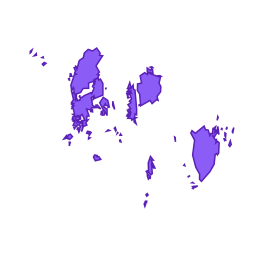 outline of Raja Ampat, Papua Barat, Indonesia, rotated 276°
{"feature_id": "22746128B90221566890304", "entity_name": "Raja Ampat", "entity_type": "district", "adm_level": 2, "iso_a3": "IDN", "parent_name": "Indonesia", "parent_adm1": "Papua Barat", "projection": "albers", "projection_center": [130.461, -0.827], "detail": "fine", "context": "isolated", "style": "filled", "palette": "violet", "viewbox_px": 256, "rotation_deg": 276, "n_neighbors": 0, "source": "geoboundaries", "source_scale": "gbopen_adm2", "svg_char_len": 5942}
<svg xmlns="http://www.w3.org/2000/svg" viewBox="0 0 256 256"><g transform="rotate(276 128 128)"><path d="M149.8,75.2L152.5,73.7L148.8,73.0L156.0,71.9L154.5,73.3L156.5,73.2L158.4,77.2L162.6,79.1L163.4,84.7L168.5,84.1L171.2,89.3L172.6,89.2L174.4,92.5L177.8,93.8L178.0,91.9L180.6,93.7L186.4,89.7L197.2,95.2L197.3,92.1L199.6,92.4L204.2,88.5L200.9,84.7L202.0,80.2L197.9,76.7L193.2,76.2L190.1,72.5L181.2,71.0L182.7,70.3L182.3,68.1L179.1,69.8L177.0,69.1L176.2,71.0L175.2,69.0L164.6,66.7L159.1,68.1L162.5,69.4L161.1,70.2L156.7,70.6L158.1,68.2L150.7,70.8L147.4,69.2L147.0,70.5L145.6,68.7L146.4,71.4L144.0,70.2L144.3,71.7L141.0,69.5L142.3,71.1L136.3,73.4L135.8,71.6L133.9,74.7L133.2,71.8L130.6,71.7L131.6,74.8L130.0,76.2L129.3,72.0L128.5,74.5L125.0,73.1L124.0,76.7L125.8,77.4L125.8,79.4L129.6,80.5L128.0,76.8L130.2,78.1L130.7,76.6L131.7,79.0L134.5,78.3L133.5,75.7L135.1,76.3L134.9,78.5L131.3,79.9L135.1,79.5L136.8,80.9L131.1,84.3L130.6,81.4L128.5,82.7L119.5,82.3L124.8,83.4L126.6,86.8L128.8,85.5L131.9,87.4L131.3,86.0L135.5,85.9L135.8,88.0L142.6,84.9L142.0,88.7L144.2,89.6L145.2,96.0L144.1,98.9L147.7,95.1L147.4,93.7L145.4,94.1L146.5,90.5L154.5,88.3L156.5,90.9L154.0,91.9L158.1,99.6L169.5,98.4L173.8,95.5L172.6,93.9L174.5,93.2L172.5,89.7L170.5,90.5L168.3,90.2L167.2,89.8L167.1,88.8L165.5,88.3L164.3,90.1L158.3,88.4L159.3,87.4L155.7,81.3L152.8,77.7L149.8,76.9L151.0,76.9L149.8,75.2ZM129.5,191.0L122.9,195.5L107.8,195.1L96.1,199.5L89.7,204.0L84.4,204.5L82.6,206.6L93.1,214.0L100.8,217.4L110.8,217.5L111.9,219.0L110.6,219.7L112.6,220.8L122.8,220.2L124.2,218.4L122.4,216.9L125.8,217.1L125.4,216.1L129.5,212.6L128.0,214.8L133.3,217.3L131.1,219.1L139.0,217.2L134.9,216.9L132.5,214.7L135.5,215.3L137.2,212.8L135.2,214.8L136.2,212.6L131.1,212.5L131.2,211.0L129.0,210.2L134.3,208.0L134.5,205.2L137.9,203.5L129.8,195.5L132.1,191.9L129.5,191.0ZM175.8,154.2L182.2,155.0L182.2,152.7L185.1,141.9L183.3,141.7L184.8,138.8L181.2,134.6L174.1,136.8L172.9,132.9L166.3,133.4L163.0,136.0L151.4,138.3L157.7,147.0L154.8,149.4L159.1,153.4L158.6,155.0L162.4,153.6L167.4,156.6L172.7,156.3L175.8,154.2ZM166.0,125.2L163.7,122.8L165.2,127.8L164.4,126.4L163.0,127.6L163.4,125.7L157.4,128.5L154.2,126.1L155.3,127.6L153.5,128.3L151.2,125.5L147.5,128.6L146.3,125.7L146.2,127.8L143.6,129.2L140.2,128.6L141.5,126.0L139.7,125.5L139.5,127.6L137.6,126.7L137.9,130.2L136.2,131.0L138.4,132.9L134.6,133.4L133.0,135.6L137.8,133.7L139.1,135.1L138.9,133.5L142.7,133.5L142.0,135.1L147.3,134.7L166.4,131.0L167.2,129.4L171.2,128.6L168.0,127.0L173.3,125.0L167.7,123.6L168.1,126.6L167.0,123.6L166.0,125.2ZM150.1,97.2L142.8,102.0L141.7,99.8L139.1,99.7L140.2,101.0L138.0,101.0L138.5,103.0L141.9,103.4L138.2,105.9L144.4,105.2L146.7,101.4L149.7,103.0L148.1,103.6L148.2,106.1L146.3,105.9L146.9,107.2L153.3,105.0L155.9,100.2L150.1,97.2ZM95.3,151.8L86.1,153.1L83.8,155.7L85.2,156.9L96.1,155.0L90.9,157.6L91.0,159.0L98.6,154.3L98.7,156.5L102.1,153.3L95.3,151.8ZM95.5,96.7L92.0,98.9L93.9,104.2L96.5,102.0L96.3,99.7L97.4,100.1L97.7,97.6L95.5,96.7ZM185.0,147.1L188.6,146.3L189.1,144.4L188.6,145.1L187.7,144.4L189.6,140.8L185.8,141.3L185.0,147.1ZM114.0,67.6L110.3,65.3L111.6,68.5L110.5,71.2L113.6,73.7L115.8,71.4L114.8,69.2L111.9,68.9L114.0,67.6ZM84.9,151.9L82.1,152.3L79.3,153.6L81.9,155.3L84.9,151.9ZM184.4,37.8L182.6,36.1L181.3,37.4L183.8,39.7L184.4,37.8ZM153.1,110.1L148.9,110.4L145.1,112.8L153.1,110.1ZM120.5,88.0L118.5,87.4L118.1,89.2L120.4,90.3L120.5,88.0ZM121.4,230.0L120.2,231.2L122.4,232.4L125.9,231.1L121.4,230.0ZM77.7,203.4L76.6,198.6L75.6,200.4L77.7,203.4ZM145.0,125.9L142.0,127.7L144.1,128.2L145.0,125.9ZM173.6,66.8L176.0,65.5L176.0,64.9L173.3,64.9L173.6,66.8ZM119.2,176.7L123.6,175.9L123.9,175.3L119.2,176.7ZM140.5,89.1L140.3,91.1L142.5,90.7L142.2,89.3L140.5,89.1ZM133.3,224.9L130.3,225.2L129.2,226.0L132.8,225.9L133.3,224.9ZM63.5,155.0L64.8,154.0L63.6,152.8L62.1,153.8L63.5,155.0ZM190.7,29.3L192.4,29.0L190.0,27.1L190.7,29.3ZM162.9,122.8L160.6,123.9L161.4,126.2L162.9,124.7L161.7,124.4L162.9,122.8ZM120.3,92.2L117.3,90.1L116.5,90.2L120.3,92.2ZM127.3,115.2L126.3,114.4L123.7,116.1L124.7,116.4L127.3,115.2ZM195.7,24.4L194.1,22.8L192.4,22.9L193.3,23.8L195.7,24.4ZM169.7,89.0L167.5,89.8L170.9,90.1L169.7,89.0ZM55.5,152.7L54.2,152.0L51.8,153.0L53.5,153.5L55.5,152.7ZM170.7,63.7L168.9,64.9L171.2,64.6L170.7,63.7ZM135.8,232.1L133.6,232.7L139.5,233.2L135.8,232.1ZM55.5,152.7L55.5,154.2L57.2,154.3L57.0,152.9L56.0,152.6L55.5,152.7ZM158.4,126.0L159.9,123.7L158.8,125.1L157.5,124.2L158.4,126.0ZM121.7,79.6L123.1,78.3L121.7,77.6L121.7,79.6ZM148.8,216.1L144.9,215.8L148.0,216.6L148.8,216.1ZM120.8,80.3L120.4,78.8L118.7,79.6L120.8,80.3ZM124.6,80.1L121.9,80.1L125.1,80.8L124.6,80.1ZM126.1,226.5L127.5,225.1L127.4,224.6L125.5,225.4L126.1,226.5ZM190.8,143.8L190.2,145.5L190.5,146.5L191.4,145.3L190.8,143.8ZM85.4,151.7L87.3,151.4L86.8,150.6L85.4,151.7ZM113.4,122.5L115.3,121.7L115.1,121.0L113.7,121.3L113.4,122.5ZM182.9,155.4L183.4,154.3L183.1,152.7L182.4,153.9L182.9,155.4ZM123.6,109.9L124.1,108.4L122.6,107.2L123.6,109.9ZM154.4,90.3L152.8,90.5L153.6,91.2L154.4,90.3ZM188.9,36.5L189.9,36.2L189.1,35.1L188.9,36.5ZM121.4,121.2L119.9,120.7L120.1,122.2L121.4,121.2ZM114.4,89.8L113.0,89.9L114.2,91.3L114.4,89.8ZM128.1,82.3L128.5,81.0L126.8,82.1L128.1,82.3ZM138.5,215.0L137.1,213.7L137.4,214.9L138.5,215.0ZM151.6,137.2L153.0,136.7L151.5,136.6L151.6,137.2ZM96.4,188.5L97.6,188.0L96.7,187.4L96.4,188.5ZM107.7,72.1L107.8,71.1L104.1,71.5L107.7,72.1ZM74.5,199.1L75.8,199.3L74.9,198.4L74.5,199.1ZM155.5,76.7L154.0,76.3L153.5,77.1L155.5,76.7ZM139.5,226.3L136.8,225.6L137.8,226.5L139.5,226.3ZM138.0,221.6L136.6,220.9L136.3,221.6L138.0,221.6ZM87.1,194.8L86.1,192.9L85.7,193.1L87.1,194.8ZM80.9,154.9L79.6,155.2L80.8,155.4L80.9,154.9ZM121.3,117.8L122.1,118.5L122.4,118.0L121.3,117.8ZM122.6,75.4L122.8,74.1L121.6,74.8L122.6,75.4ZM80.2,198.7L80.7,198.0L80.2,197.3L80.2,198.7ZM164.1,101.9L165.2,102.0L165.1,101.6L164.1,101.9ZM183.8,69.9L184.5,69.0L183.6,69.5L183.8,69.9Z" fill="#8b5cf6" stroke="#5b21b6" stroke-width="1.5"/></g></svg>